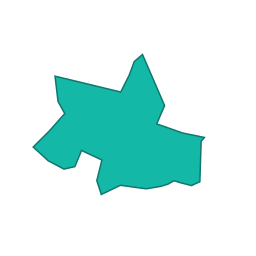 map outline of Sejas (orthographic projection), rotated 120°
{"feature_id": "LVA-5777", "entity_name": "Sejas", "entity_type": "Municipality", "adm_level": 1, "iso_a3": "LVA", "parent_name": "Latvia", "parent_adm1": "", "projection": "orthographic", "projection_center": [24.56, 57.211], "detail": "fine", "context": "isolated", "style": "filled", "palette": "teal", "viewbox_px": 256, "rotation_deg": 120, "n_neighbors": 0, "source": "natural_earth", "source_scale": "10m", "svg_char_len": 526}
<svg xmlns="http://www.w3.org/2000/svg" viewBox="0 0 256 256"><g transform="rotate(120 128 128)"><path d="M138.6,38.9L146.1,44.2L149.5,56.4L150.2,60.5L151.4,62.3L156.5,65.2L162.2,70.5L171.6,81.9L181.4,105.9L198.9,117.9L189.2,128.7L168.8,134.6L170.7,157.0L188.0,154.7L195.6,162.9L196.3,180.6L191.9,200.6L170.1,194.7L147.1,190.0L140.1,201.8L119.6,217.1L100.5,152.3L81.3,153.4L67.3,155.8L57.1,152.2L90.3,107.5L110.1,105.2L105.0,78.1L98.0,57.1L103.0,58.0L138.6,38.9Z" fill="#14b8a6" stroke="#0f766e" stroke-width="1.5"/></g></svg>